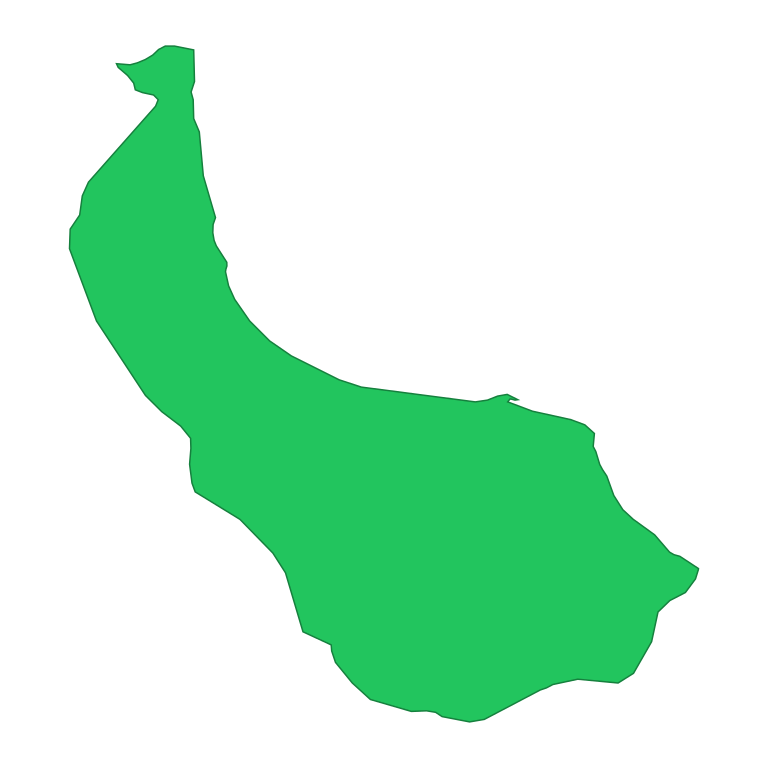 map outline of Gilan (Robinson projection)
{"feature_id": "IRN-3240", "entity_name": "Gilan", "entity_type": "Province", "adm_level": 1, "iso_a3": "IRN", "parent_name": "Iran", "parent_adm1": "", "projection": "robinson", "projection_center": [49.412, 37.503], "detail": "fine", "context": "isolated", "style": "filled", "palette": "green", "viewbox_px": 768, "rotation_deg": 0, "n_neighbors": 0, "source": "natural_earth", "source_scale": "10m", "svg_char_len": 1390}
<svg xmlns="http://www.w3.org/2000/svg" viewBox="0 0 768 768"><path d="M116.5,63.7L130.1,64.8L137.2,62.9L145.2,59.6L152.7,55.1L158.6,49.5L165.2,46.1L174.6,46.1L193.7,49.9L194.5,81.5L191.1,92.0L193.2,99.7L193.7,118.6L199.3,131.9L203.3,175.8L215.5,217.6L213.1,224.5L212.8,232.7L214.1,240.4L216.3,245.9L226.8,262.3L226.9,266.0L225.9,269.2L225.5,271.8L228.6,285.9L234.7,299.4L249.7,321.0L269.6,340.9L291.3,355.9L339.1,379.8L361.3,387.1L475.3,401.9L487.5,400.1L497.6,396.1L507.2,394.4L517.8,399.7L515.0,400.1L511.7,399.2L510.0,399.0L507.7,401.9L532.4,411.2L571.0,419.7L584.9,424.9L594.4,433.5L593.2,446.5L595.8,451.5L599.7,464.4L602.5,469.6L606.8,476.1L613.8,495.5L622.8,509.7L633.2,519.3L654.7,534.9L669.5,552.1L674.0,554.7L679.8,556.3L698.5,568.6L698.3,569.8L695.5,578.9L685.4,592.5L669.9,600.5L658.0,612.0L651.6,641.7L633.5,673.3L618.1,683.0L577.7,679.2L552.9,684.5L546.4,687.9L540.2,690.0L484.3,719.4L469.6,721.9L442.1,716.6L435.6,712.3L426.5,710.8L411.3,711.4L370.4,699.5L352.3,683.0L335.5,662.4L331.7,651.0L331.2,644.9L303.0,631.8L285.5,572.8L272.9,553.1L240.0,519.4L195.2,491.9L192.0,483.1L189.6,464.2L190.9,448.5L190.6,438.3L180.7,426.1L161.8,411.7L145.5,395.5L96.5,321.0L69.5,248.7L70.2,229.1L79.7,215.0L82.3,195.9L88.5,182.1L155.6,106.2L158.2,99.7L153.6,95.0L142.5,92.6L135.3,89.8L133.7,83.1L127.6,75.5L118.2,67.4L116.5,63.7Z" fill="#22c55e" stroke="#15803d" stroke-width="1.5"/></svg>